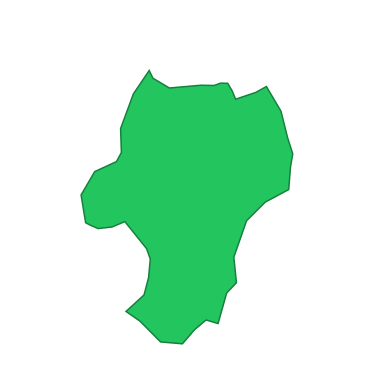 the Province of Karabük, rotated 149°
{"feature_id": "TUR-5520", "entity_name": "Karabük", "entity_type": "Province", "adm_level": 1, "iso_a3": "TUR", "parent_name": "Turkey", "parent_adm1": "", "projection": "equal_earth", "projection_center": [32.657, 41.183], "detail": "fine", "context": "isolated", "style": "filled", "palette": "green", "viewbox_px": 384, "rotation_deg": 149, "n_neighbors": 0, "source": "natural_earth", "source_scale": "10m", "svg_char_len": 686}
<svg xmlns="http://www.w3.org/2000/svg" viewBox="0 0 384 384"><g transform="rotate(149 192 192)"><path d="M166.1,318.2L166.9,309.7L157.8,292.8L129.5,279.0L118.1,271.9L111.4,270.6L105.4,266.8L105.5,258.0L106.8,249.1L85.9,244.5L73.9,244.1L74.1,215.5L82.0,189.6L86.0,172.8L94.9,162.4L107.8,144.3L134.4,145.6L160.1,139.2L189.7,114.6L200.6,91.4L214.4,87.5L237.4,65.8L245.8,75.0L260.6,72.7L278.4,66.8L296.2,79.7L303.1,108.1L310.1,123.6L286.1,128.5L273.3,141.0L262.3,156.0L260.1,166.8L264.8,201.2L278.6,203.2L291.3,209.0L296.6,216.4L299.0,220.5L288.6,246.6L264.9,259.6L241.1,257.0L232.2,262.2L220.5,283.2L191.7,306.3L166.1,318.2Z" fill="#22c55e" stroke="#15803d" stroke-width="1.5"/></g></svg>